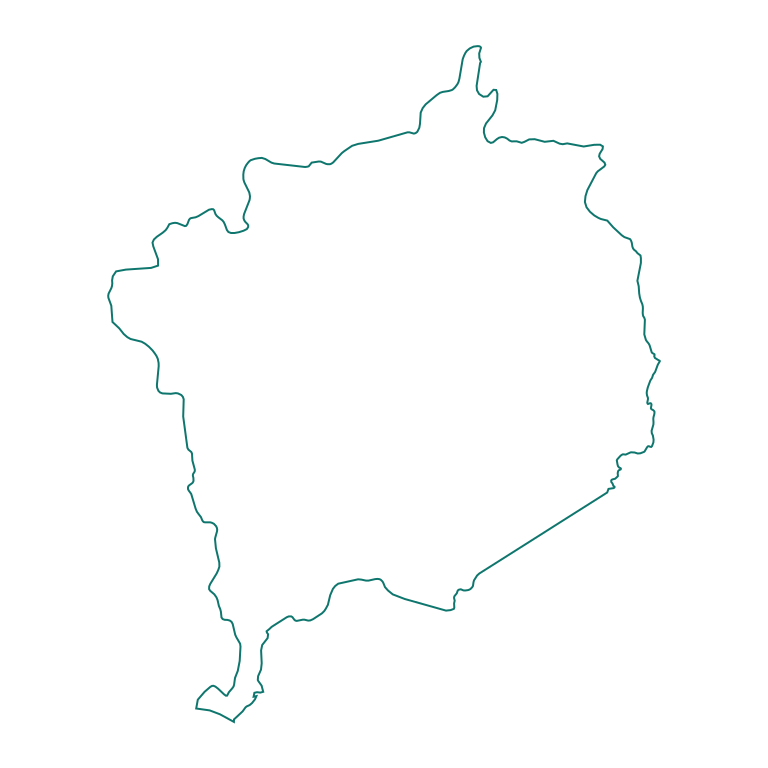 SVG path tracing the border of Haute-Kotto
{"feature_id": "CAF-866", "entity_name": "Haute-Kotto", "entity_type": "Prefecture", "adm_level": 1, "iso_a3": "CAF", "parent_name": "Central African Republic", "parent_adm1": "", "projection": "robinson", "projection_center": [22.992, 7.358], "detail": "fine", "context": "isolated", "style": "outline", "palette": "teal", "viewbox_px": 768, "rotation_deg": 0, "n_neighbors": 0, "source": "natural_earth", "source_scale": "10m", "svg_char_len": 6094}
<svg xmlns="http://www.w3.org/2000/svg" viewBox="0 0 768 768"><path d="M480.9,61.8L480.1,63.1L476.6,85.9L477.0,90.3L479.1,94.0L483.3,96.7L487.6,96.3L493.5,89.8L496.2,90.0L497.4,93.9L497.2,100.1L495.2,110.3L492.5,115.3L486.0,123.5L484.0,128.2L483.9,132.5L485.2,137.3L487.6,141.2L490.8,142.9L493.1,142.3L496.9,139.1L499.1,137.7L502.0,137.0L504.7,137.4L507.1,138.6L509.5,140.5L511.6,141.4L516.6,141.3L521.7,142.8L524.3,141.9L529.2,139.4L534.7,139.2L544.7,141.8L553.4,140.8L559.7,143.7L562.8,144.2L567.2,143.4L583.7,146.5L594.2,144.8L600.1,144.7L602.9,146.4L602.6,149.0L599.7,153.7L599.1,156.3L600.2,158.8L604.5,162.6L605.3,164.8L604.2,166.5L597.8,171.3L596.2,173.2L587.4,190.0L585.5,196.1L584.9,202.0L586.5,207.2L589.9,211.7L594.2,215.4L598.4,217.9L600.9,219.0L607.3,220.6L613.2,227.3L621.8,235.3L624.4,237.1L630.0,239.1L631.0,240.5L631.8,242.8L632.4,246.7L633.1,248.5L634.0,249.7L635.9,251.2L637.5,253.2L640.5,255.5L640.9,258.2L640.9,262.9L637.4,280.8L638.7,286.2L639.2,293.4L639.9,297.6L641.0,301.1L642.3,304.2L642.8,306.4L642.9,308.6L642.7,312.9L642.9,314.9L643.3,316.3L644.2,317.6L644.9,319.6L644.3,334.4L645.9,339.9L646.8,341.3L648.7,343.6L649.6,345.3L651.7,352.3L652.3,353.0L654.4,354.2L654.6,355.0L654.2,356.1L654.9,357.9L657.7,359.7L659.7,360.8L659.8,361.3L657.8,364.7L655.1,372.0L653.1,374.7L652.1,377.8L650.3,380.6L647.8,387.4L646.9,391.1L646.7,393.0L647.0,395.3L647.9,397.8L648.0,399.0L647.3,402.5L647.5,403.5L648.0,404.0L650.1,403.2L650.8,403.3L651.3,403.9L651.5,404.8L650.9,408.2L651.2,408.9L651.8,409.4L653.3,410.2L654.4,411.4L654.5,412.6L654.3,414.2L653.5,417.1L653.3,418.8L653.5,422.3L653.4,424.5L651.6,430.8L651.8,433.2L652.9,435.6L653.6,439.7L653.4,442.4L652.0,446.1L651.3,446.9L650.3,446.8L648.8,446.2L648.0,446.3L647.1,447.2L644.6,451.4L644.0,451.9L640.3,453.3L637.7,453.5L634.6,452.5L631.1,452.3L630.3,452.5L625.7,454.6L623.0,454.3L621.8,454.8L620.5,455.8L617.4,459.2L616.8,460.3L617.5,464.4L618.0,466.2L619.1,467.5L620.6,468.2L620.9,468.7L620.7,469.4L618.8,470.3L618.1,471.2L617.7,473.1L617.9,475.4L617.8,476.3L615.2,478.7L612.5,479.4L611.7,479.8L611.2,480.6L611.3,482.0L612.5,483.5L613.4,485.9L614.5,486.7L614.5,487.4L613.7,488.1L608.5,488.9L607.2,492.5L479.3,573.5L477.1,575.5L474.0,580.4L473.5,582.2L473.0,585.8L472.3,587.1L470.5,589.0L469.2,589.7L468.0,590.1L465.2,590.5L463.4,590.4L460.8,589.3L459.1,589.6L458.2,590.1L457.6,590.9L456.8,593.3L454.5,596.1L454.1,597.2L454.1,598.2L454.7,600.7L454.1,603.4L454.3,607.6L453.8,608.9L450.6,610.1L446.0,610.6L404.8,599.0L392.8,594.4L388.0,590.5L385.0,587.1L383.3,582.9L382.5,581.5L380.8,579.8L379.6,579.2L377.6,578.9L375.2,579.1L368.5,580.6L366.0,580.6L361.3,579.6L358.1,579.3L338.2,583.7L335.2,586.0L332.9,588.9L330.2,595.2L327.9,604.8L325.8,608.7L324.3,611.0L322.0,613.3L313.0,619.2L310.3,620.4L308.2,620.6L304.5,619.7L302.7,619.7L296.8,620.9L295.4,620.6L294.3,619.7L292.4,617.1L291.2,616.4L288.8,616.4L286.8,617.2L271.7,626.8L269.4,629.0L266.6,631.3L266.9,632.5L268.1,634.3L267.6,638.1L262.2,645.0L261.1,650.4L261.7,663.3L261.0,669.6L258.1,676.2L257.8,680.0L258.4,681.2L261.6,685.6L263.2,691.8L260.3,692.6L257.0,692.2L254.4,692.8L253.6,696.7L256.4,696.1L255.0,699.3L252.0,703.1L249.6,705.1L246.7,706.4L245.5,707.4L242.6,711.4L234.0,719.4L233.9,721.9L220.0,714.3L209.7,710.4L196.2,708.5L197.8,699.7L204.6,691.8L210.3,686.9L212.0,685.9L213.5,685.8L215.4,686.6L218.1,688.7L224.1,694.4L225.9,695.7L227.1,695.6L228.9,692.2L232.2,688.4L233.5,686.6L234.1,684.7L235.0,678.0L237.8,670.8L239.7,660.9L240.5,646.6L240.1,643.7L236.4,637.3L235.2,634.7L232.7,624.0L231.5,621.8L229.7,620.5L227.3,619.9L224.7,619.8L222.7,619.1L221.5,617.5L220.9,611.7L220.2,609.0L218.9,606.0L217.6,600.2L216.5,597.4L214.3,594.3L210.1,590.7L209.1,589.1L209.2,586.4L210.2,584.0L216.7,573.4L218.3,569.9L219.4,566.6L219.3,562.6L215.9,548.2L215.0,539.1L215.3,537.5L217.0,531.4L217.2,529.8L216.9,527.9L216.1,526.2L213.9,523.8L211.9,522.8L210.1,522.3L204.9,522.3L203.8,522.1L202.9,521.3L202.1,520.0L201.0,517.2L198.4,513.8L196.9,511.7L195.6,508.6L191.2,493.9L188.7,490.5L188.0,489.1L188.0,487.2L188.4,486.2L189.2,485.3L192.4,483.0L193.1,482.0L193.5,480.9L193.4,477.9L192.9,475.8L192.9,474.8L193.2,473.8L194.4,472.0L194.8,471.0L194.8,469.5L192.4,460.6L192.0,453.6L191.3,452.0L188.4,449.6L187.4,447.8L183.2,416.5L183.7,399.3L182.9,396.9L181.3,395.0L177.9,393.4L175.7,393.1L170.9,393.8L162.4,393.4L160.1,392.5L158.4,390.8L157.1,387.6L156.9,385.1L158.7,366.1L158.6,362.9L157.8,358.9L156.6,356.2L155.0,353.7L152.7,350.6L149.0,346.8L145.1,343.7L141.6,341.7L130.6,339.0L127.4,337.2L123.8,334.1L119.2,328.3L112.5,322.0L111.3,305.7L108.4,297.8L108.2,295.8L108.6,293.6L111.4,288.0L112.0,286.0L112.3,283.5L112.1,280.3L112.8,276.3L116.1,271.4L125.9,269.6L151.1,267.9L158.1,265.6L158.0,259.2L153.3,246.4L152.5,242.6L153.9,239.5L156.8,236.8L162.7,232.7L165.6,230.2L167.3,227.9L169.3,224.2L172.4,223.2L175.0,222.8L177.3,223.1L184.9,226.1L186.2,225.8L187.4,224.1L189.0,219.9L189.9,218.7L191.0,218.1L195.6,217.3L198.4,216.1L209.0,209.7L211.9,209.1L213.3,209.3L214.1,210.2L215.5,214.1L216.7,215.8L218.5,217.4L222.3,220.3L223.7,222.0L224.9,224.5L226.9,230.0L228.4,232.0L231.0,233.0L234.5,233.0L238.9,232.2L243.6,230.7L246.8,229.1L248.2,227.0L248.2,225.3L247.5,224.1L245.3,221.9L244.3,220.4L243.6,218.5L243.6,216.5L244.1,214.0L249.5,200.2L249.8,198.7L250.0,196.3L249.3,192.5L244.4,182.5L243.7,180.4L243.4,179.0L243.3,174.6L243.7,171.3L244.7,168.1L246.1,165.3L248.1,162.6L249.5,161.1L250.7,160.2L254.9,158.8L258.3,158.2L261.8,157.9L265.3,159.0L271.4,162.6L274.2,163.5L305.1,167.0L307.4,166.7L308.7,166.3L311.7,162.6L318.8,161.5L320.8,161.6L326.1,163.9L327.6,164.2L330.0,164.2L331.5,163.6L333.2,162.4L341.8,153.1L344.3,151.1L352.1,145.8L358.2,143.9L378.3,140.7L407.6,132.3L409.3,132.3L413.9,133.6L415.6,133.1L417.3,131.8L419.3,127.8L420.0,123.8L420.7,112.6L422.7,108.1L425.7,104.3L436.7,95.1L440.0,92.8L442.8,91.9L448.7,91.0L451.7,90.1L452.8,89.5L455.0,87.4L457.4,84.2L458.5,82.0L459.4,78.6L462.7,59.2L464.0,55.7L465.4,52.9L466.7,51.0L469.8,48.4L473.6,46.6L477.7,46.1L479.5,46.3L480.5,46.9L481.0,47.8L479.2,53.4L479.4,57.9L480.9,61.8Z" fill="none" stroke="#0f766e" stroke-width="2"/></svg>